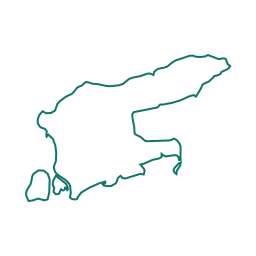 outline of Sanma, rotated 85°
{"feature_id": "VUT-561", "entity_name": "Sanma", "entity_type": "Province", "adm_level": 1, "iso_a3": "VUT", "parent_name": "Vanuatu", "parent_adm1": "", "projection": "mercator", "projection_center": [166.941, -15.188], "detail": "fine", "context": "isolated", "style": "outline", "palette": "teal", "viewbox_px": 256, "rotation_deg": 85, "n_neighbors": 0, "source": "natural_earth", "source_scale": "10m", "svg_char_len": 2516}
<svg xmlns="http://www.w3.org/2000/svg" viewBox="0 0 256 256"><g transform="rotate(85 128 128)"><path d="M175.0,194.1L168.0,202.6L166.4,203.8L164.9,204.6L163.2,205.0L161.1,205.2L158.9,204.8L155.8,203.2L154.1,202.6L147.1,201.7L139.3,201.9L132.2,203.8L127.7,207.9L129.5,209.8L128.0,210.0L124.1,209.2L121.8,210.7L120.9,212.3L120.3,214.0L119.0,215.7L115.3,217.5L111.1,217.1L107.1,215.0L103.9,211.7L106.2,208.1L106.3,203.3L104.3,199.2L98.0,196.3L95.3,193.5L91.3,186.9L89.2,181.2L88.1,179.7L83.2,174.8L82.5,173.1L81.9,170.7L79.2,167.2L78.6,165.4L79.0,163.7L80.7,159.8L81.7,154.2L84.1,146.4L84.8,142.4L84.7,133.6L83.7,129.2L79.3,122.8L78.2,119.0L77.4,111.1L75.5,103.8L75.7,101.2L77.4,98.1L74.3,97.0L72.3,94.2L71.3,90.5L71.1,87.0L70.3,83.7L66.3,77.8L64.8,74.6L61.4,60.1L61.6,57.0L63.0,53.9L63.6,49.3L63.4,44.8L62.3,42.0L67.3,31.6L66.9,26.9L67.6,24.7L73.4,22.9L74.5,21.4L75.3,20.8L77.4,22.6L78.2,24.1L80.0,29.1L80.5,30.2L82.1,31.1L83.0,33.1L83.6,35.4L83.7,37.5L84.4,37.8L88.7,43.3L90.3,48.0L91.5,50.2L95.2,52.0L102.7,57.7L100.9,59.6L101.7,64.0L105.0,73.3L106.8,82.1L107.7,91.6L107.4,93.9L108.4,95.1L109.6,96.1L110.2,97.4L112.7,121.0L114.8,122.6L119.5,122.6L127.7,121.7L132.5,121.9L134.4,121.7L135.6,120.2L137.9,116.4L139.4,114.8L141.0,113.5L142.4,111.8L142.9,109.2L144.0,88.2L143.6,85.7L142.6,82.8L144.7,80.1L148.0,78.1L150.6,77.2L164.4,78.5L164.4,79.9L161.0,80.4L159.5,82.1L159.1,84.5L159.6,92.4L158.9,94.4L156.7,96.8L159.8,97.1L161.0,99.4L161.8,105.9L164.9,115.2L165.5,118.9L170.0,115.7L172.3,115.1L175.7,116.4L174.8,119.9L178.1,135.2L177.2,138.2L175.7,138.9L175.0,139.6L176.9,142.4L177.8,142.9L180.7,144.0L182.0,144.9L182.6,146.0L184.4,150.2L184.0,153.8L183.2,157.0L182.0,158.0L180.7,155.4L179.4,155.4L180.7,161.8L184.0,171.5L188.3,180.3L192.7,184.2L194.3,185.0L194.6,186.9L194.1,189.1L193.4,190.7L192.1,191.8L191.0,191.7L189.7,191.1L187.6,190.7L180.7,190.7L178.1,191.7L175.0,194.1ZM187.0,235.2L183.3,235.1L180.8,233.9L175.7,230.1L172.9,229.0L167.8,227.6L165.5,226.1L162.4,220.9L163.1,215.8L166.6,212.0L172.5,210.5L185.5,212.1L192.1,214.3L192.7,217.7L190.5,223.6L191.8,229.1L192.1,233.4L187.0,235.2ZM178.1,194.7L181.6,193.3L184.1,193.3L184.6,194.0L182.0,194.7L182.0,196.0L183.8,196.5L184.6,197.6L184.3,198.8L183.2,200.1L187.5,202.4L187.7,205.7L185.0,207.8L180.7,206.6L180.1,207.3L179.5,207.6L178.1,207.9L175.4,207.5L173.5,206.8L169.3,204.0L178.1,194.7ZM171.8,85.1L167.7,80.5L166.9,78.5L170.1,79.4L174.9,83.1L178.1,83.7L176.5,85.5L174.8,86.2L173.2,86.1L171.8,85.1Z" fill="none" stroke="#0f766e" stroke-width="2"/></g></svg>